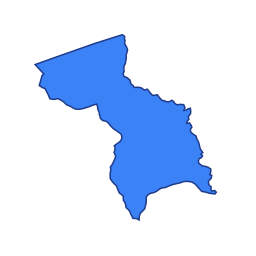 outline of Pedra Lavrada, Paraíba, Brazil, rotated 247°
{"feature_id": "56859067B32724013472613", "entity_name": "Pedra Lavrada", "entity_type": "district", "adm_level": 2, "iso_a3": "BRA", "parent_name": "Brazil", "parent_adm1": "Paraíba", "projection": "robinson", "projection_center": [-36.413, -6.768], "detail": "fine", "context": "isolated", "style": "filled", "palette": "blue", "viewbox_px": 256, "rotation_deg": 247, "n_neighbors": 0, "source": "geoboundaries", "source_scale": "gbopen_adm2", "svg_char_len": 2396}
<svg xmlns="http://www.w3.org/2000/svg" viewBox="0 0 256 256"><g transform="rotate(247 128 128)"><path d="M33.3,182.3L34.4,184.2L36.6,183.4L37.2,180.6L39.0,180.3L41.3,181.5L44.2,180.2L47.7,181.3L49.2,184.9L51.7,186.6L53.1,185.0L54.8,186.7L57.7,188.2L60.4,186.5L62.2,184.6L63.8,182.0L65.5,180.7L67.8,179.4L70.1,179.9L72.0,181.4L72.0,184.0L73.3,185.8L75.3,184.9L76.2,187.3L78.5,186.7L80.7,186.4L83.0,186.7L85.5,187.2L87.5,187.4L90.6,187.1L94.0,187.5L96.5,185.8L99.6,184.2L102.2,184.7L103.8,187.1L105.7,187.2L108.6,186.7L109.4,183.8L111.2,185.4L112.2,187.5L114.7,187.8L116.8,191.2L119.2,192.4L121.8,193.1L122.2,190.7L121.8,188.4L122.4,186.3L124.4,188.4L127.7,188.4L129.4,185.3L130.1,182.3L132.2,180.7L134.6,180.4L136.4,179.2L136.0,176.7L137.0,173.8L138.9,172.1L140.3,170.0L143.6,168.9L147.2,167.9L147.6,165.8L148.5,163.3L151.3,162.3L154.3,161.5L156.2,161.0L156.5,157.8L159.2,156.4L160.9,154.5L162.0,152.2L162.9,149.6L165.2,149.2L167.3,147.9L171.5,148.5L174.7,146.8L177.3,144.4L179.8,144.7L181.7,146.6L184.1,147.3L186.6,148.5L188.4,150.8L190.3,151.9L192.9,153.7L195.8,154.7L197.8,156.4L200.2,158.2L202.3,158.3L204.8,158.2L206.9,157.8L209.6,159.4L211.5,159.6L213.7,160.7L216.1,159.2L218.8,130.6L221.4,89.6L222.7,67.3L210.6,71.6L209.9,69.4L201.7,62.9L198.7,65.0L196.7,67.0L194.6,67.2L192.4,67.3L190.2,67.6L185.4,67.5L183.6,70.3L182.9,72.4L182.6,74.7L180.0,77.1L176.3,79.4L173.4,80.5L172.0,82.0L169.9,83.9L167.3,85.7L165.6,87.6L164.6,89.6L163.9,91.9L163.4,94.5L162.8,100.3L162.8,103.9L162.3,108.4L159.9,108.4L156.9,107.5L153.9,107.6L151.8,106.9L149.9,106.8L147.5,106.4L144.8,107.6L143.3,109.9L141.0,111.6L137.5,112.6L135.0,113.5L133.2,114.2L130.9,115.7L127.4,117.9L124.9,119.3L122.4,118.9L120.3,117.8L118.8,115.6L118.0,112.8L117.6,110.6L117.0,108.4L115.1,108.5L112.5,107.1L111.1,105.6L108.8,105.7L106.5,105.5L104.7,103.7L102.5,101.4L100.5,99.1L99.0,96.5L96.1,95.9L94.1,94.3L91.5,93.1L88.3,91.9L84.6,92.6L81.8,93.6L79.4,94.8L76.6,94.6L74.2,94.6L71.6,94.6L69.2,96.1L66.8,96.9L63.4,95.5L60.5,96.0L58.0,95.8L55.5,95.1L53.1,96.3L50.1,97.1L47.8,96.9L45.3,97.2L42.9,97.2L41.3,100.5L39.0,102.3L42.4,103.9L44.5,105.8L47.1,111.8L51.9,115.4L57.4,117.9L58.8,120.6L59.1,123.0L58.4,127.1L58.8,130.8L59.4,132.8L59.6,135.3L58.6,139.6L58.7,142.5L58.5,146.9L57.2,154.2L56.9,158.3L55.9,161.4L53.3,165.7L50.2,167.9L40.8,171.1L38.7,174.3L35.9,177.8L33.3,182.3Z" fill="#3b82f6" stroke="#1e3a8a" stroke-width="1.5"/></g></svg>